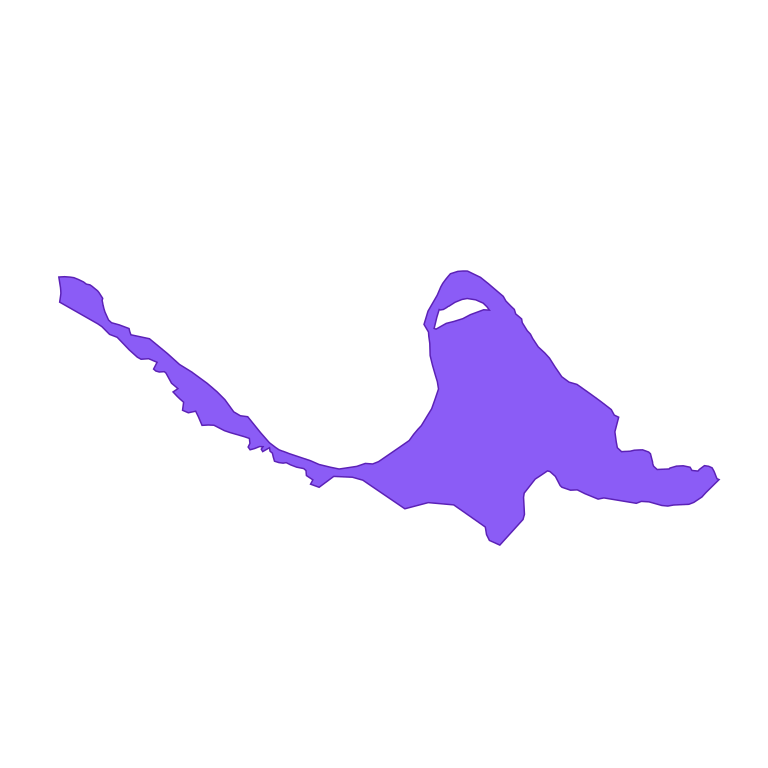 outline of Akhmim, Suhaj, Egypt, rotated 131°
{"feature_id": "37247803B62515716527778", "entity_name": "Akhmim", "entity_type": "district", "adm_level": 2, "iso_a3": "EGY", "parent_name": "Egypt", "parent_adm1": "Suhaj", "projection": "albers", "projection_center": [31.772, 26.551], "detail": "fine", "context": "isolated", "style": "filled", "palette": "violet", "viewbox_px": 768, "rotation_deg": 131, "n_neighbors": 0, "source": "geoboundaries", "source_scale": "gbopen_adm2", "svg_char_len": 3630}
<svg xmlns="http://www.w3.org/2000/svg" viewBox="0 0 768 768"><g transform="rotate(131 384 384)"><path d="M535.0,682.5L526.4,639.6L525.8,634.5L526.6,623.7L523.8,616.0L525.4,598.6L525.6,587.8L524.7,583.6L519.3,578.2L516.5,569.5L523.9,567.7L523.9,564.7L522.4,561.5L518.8,557.9L518.8,555.7L522.8,544.9L522.7,536.5L528.4,538.0L529.0,532.0L529.2,528.1L529.2,523.3L536.0,518.8L534.1,512.8L528.1,508.3L530.5,502.6L534.6,494.2L530.3,489.8L526.7,485.3L523.9,473.8L521.6,468.2L515.3,454.6L513.8,450.9L513.4,449.9L516.8,446.2L520.7,445.2L521.5,441.9L517.6,439.3L512.9,436.9L510.7,434.2L513.7,433.9L514.6,431.2L507.2,428.6L509.5,425.9L509.4,422.9L511.8,419.6L514.1,416.0L512.3,411.8L509.9,408.2L507.5,406.2L506.3,401.4L504.1,395.4L500.5,389.1L500.5,386.1L504.0,382.5L503.4,377.7L503.0,374.8L507.8,373.7L504.5,365.2L498.5,363.9L492.6,362.6L486.7,361.3L475.1,346.7L471.1,338.2L470.5,337.0L464.5,286.4L444.5,272.8L429.5,252.1L427.6,234.0L425.5,213.7L430.4,207.8L432.9,201.8L429.6,190.9L395.0,190.2L394.2,190.6L390.2,192.5L378.0,204.3L374.4,206.6L356.5,207.5L351.6,206.1L342.3,203.6L341.2,201.2L341.3,194.0L345.1,184.4L345.2,182.0L341.8,173.6L337.1,168.7L334.9,160.2L334.3,158.5L330.4,146.9L325.7,143.3L308.5,115.3L303.8,112.8L299.1,106.7L293.4,94.6L289.9,89.7L285.3,86.0L280.6,81.1L274.8,75.0L270.1,72.5L260.6,69.9L258.4,69.9L254.6,69.8L236.3,68.4L236.5,69.0L237.0,70.6L235.8,73.0L234.5,75.4L233.3,77.8L232.0,81.4L233.1,85.0L235.4,88.6L241.4,89.9L243.8,90.0L247.2,94.9L246.0,98.4L249.4,104.5L254.1,109.4L259.9,113.1L261.1,113.1L268.1,120.5L269.3,121.7L269.2,126.5L267.9,128.9L266.7,130.1L261.8,137.2L261.8,138.4L261.7,139.6L264.0,145.6L266.3,148.1L269.8,151.7L273.3,154.2L275.7,156.7L276.8,157.9L279.2,160.3L279.0,166.1L276.2,169.6L275.6,170.4L275.0,171.1L268.6,178.4L255.1,185.1L256.4,189.8L254.2,195.7L255.0,209.4L256.0,221.0L257.7,238.1L261.2,245.6L261.9,254.6L258.9,266.1L255.9,276.1L255.1,283.0L254.8,292.0L252.1,301.7L250.3,306.2L249.8,310.9L247.0,319.9L244.6,322.8L244.6,326.2L244.7,330.6L242.2,334.6L242.0,339.3L241.4,346.5L239.6,351.5L239.7,358.4L239.8,369.3L239.8,371.1L239.9,372.9L240.2,381.1L242.4,389.2L244.0,395.1L246.9,398.5L250.6,402.2L257.2,406.2L260.5,406.2L264.3,406.1L269.4,405.7L273.6,404.8L282.0,402.1L300.1,398.6L312.8,392.9L315.6,384.5L315.7,384.4L318.5,381.6L323.4,376.0L332.3,367.8L338.1,359.6L343.6,351.1L347.3,345.2L352.0,339.6L362.2,335.4L371.4,331.8L376.8,330.9L380.4,330.3L390.9,328.5L395.5,328.7L402.5,328.6L410.1,327.9L413.7,328.8L421.2,330.7L434.3,334.1L446.2,337.2L451.8,340.1L456.2,346.0L464.0,350.5L471.9,357.2L477.6,362.1L482.0,369.9L486.6,378.8L487.3,380.1L490.0,388.8L498.9,410.3L499.4,411.8L501.0,416.1L501.2,416.4L502.5,420.0L503.0,424.0L503.2,427.4L503.5,432.0L501.7,445.2L498.1,465.4L502.2,471.6L503.6,479.1L500.2,493.8L499.4,504.9L499.5,517.8L501.0,535.9L501.0,536.2L501.0,536.5L503.4,551.1L503.1,567.2L503.7,590.7L512.9,607.3L511.2,610.3L509.4,612.8L513.1,622.7L516.5,629.8L516.4,633.9L512.7,641.9L510.7,645.1L508.7,647.8L508.7,648.0L507.3,649.6L505.9,651.5L503.9,652.5L503.2,654.9L502.0,659.0L501.6,661.1L501.7,665.1L501.8,668.5L502.1,671.0L503.0,672.6L503.9,674.1L504.1,677.7L505.6,683.2L507.2,687.8L509.3,691.1L512.6,695.5L515.6,698.6L516.6,699.6L522.9,692.1L523.4,691.5L525.5,689.3L527.6,687.3L530.0,685.7L535.0,682.5ZM298.8,388.0L291.6,391.2L291.2,390.1L288.8,388.1L287.4,387.6L285.0,386.8L283.7,386.6L282.6,386.0L281.5,385.7L275.7,384.0L269.6,380.9L268.9,380.5L264.9,377.3L260.3,370.0L259.2,366.4L257.9,362.2L258.2,356.8L259.1,352.9L262.6,357.5L275.0,364.3L283.0,367.4L291.1,372.4L297.4,376.8L308.4,380.7L309.2,382.6L298.8,388.0Z" fill="#8b5cf6" stroke="#5b21b6" stroke-width="1.5"/></g></svg>